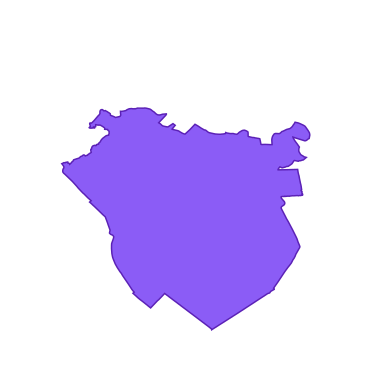 Campia Turzii, Cluj, Romania (orthographic projection), rotated 305°
{"feature_id": "2599482B77881741819367", "entity_name": "Campia Turzii", "entity_type": "district", "adm_level": 2, "iso_a3": "ROU", "parent_name": "Romania", "parent_adm1": "Cluj", "projection": "orthographic", "projection_center": [23.883, 46.542], "detail": "fine", "context": "isolated", "style": "filled", "palette": "violet", "viewbox_px": 384, "rotation_deg": 305, "n_neighbors": 0, "source": "geoboundaries", "source_scale": "gbopen_adm2", "svg_char_len": 5883}
<svg xmlns="http://www.w3.org/2000/svg" viewBox="0 0 384 384"><g transform="rotate(305 192 192)"><path d="M308.3,236.4L306.5,236.6L305.6,236.5L303.2,236.6L301.6,236.3L300.1,235.8L297.5,233.6L294.0,231.7L293.2,231.0L291.2,230.6L290.1,230.2L289.4,229.3L287.9,226.9L287.2,226.3L286.6,226.0L284.4,226.0L283.0,226.3L281.5,226.9L280.9,227.2L279.9,227.9L276.8,230.4L275.9,229.3L275.0,227.8L272.8,224.4L270.9,221.9L270.6,221.2L271.3,220.4L272.9,218.8L274.5,217.0L274.2,216.1L273.3,214.3L272.9,213.3L272.5,212.7L272.2,211.6L271.3,210.2L269.8,206.4L269.8,206.2L270.0,205.9L272.8,203.9L273.4,203.1L273.2,201.1L272.9,200.0L272.6,199.3L271.7,198.3L270.8,197.7L268.4,196.6L267.5,196.3L267.0,196.3L265.7,195.9L265.0,195.6L264.0,193.6L263.7,192.7L263.5,192.1L262.4,190.7L261.7,189.6L260.3,186.6L260.2,186.4L260.2,185.9L260.1,185.5L259.0,185.8L257.8,184.7L255.4,181.9L254.3,180.2L252.8,177.7L250.8,172.9L250.3,171.5L250.3,170.5L250.5,167.8L250.4,167.4L249.9,166.4L249.8,165.3L249.6,163.0L249.5,159.0L249.2,155.6L241.9,154.5L235.5,153.1L235.3,152.8L234.8,151.2L234.6,150.1L234.5,149.0L234.4,148.1L234.4,146.4L234.2,145.5L234.0,144.9L232.6,141.4L232.1,140.0L232.1,139.6L237.0,140.0L237.1,137.2L231.6,135.0L231.0,134.1L229.7,131.1L229.3,129.7L229.7,127.0L229.6,125.0L239.7,126.5L240.5,126.5L241.1,126.4L241.3,126.2L238.8,123.2L237.1,121.9L236.3,121.0L235.9,120.3L235.6,119.7L235.4,118.8L235.4,117.7L235.8,115.1L235.8,114.5L235.7,113.4L235.9,111.4L235.8,110.0L234.7,107.1L234.2,106.0L233.6,105.0L232.7,104.0L231.9,102.8L229.5,99.3L227.4,97.6L227.2,97.0L226.4,96.1L225.6,94.5L224.4,93.1L223.7,92.5L222.0,91.5L221.0,91.2L220.3,90.7L218.7,89.2L217.5,87.8L217.1,87.1L215.4,88.4L214.2,89.5L212.9,89.7L212.4,89.5L209.1,86.5L209.1,85.6L208.8,84.1L208.6,83.2L208.2,81.9L208.1,81.2L208.9,80.5L209.2,80.2L209.3,79.1L209.2,77.6L209.2,76.3L209.0,75.1L209.0,74.3L208.2,73.6L207.9,73.1L208.1,72.1L208.1,71.4L207.6,70.6L206.9,70.2L206.3,70.1L205.8,70.2L204.8,70.6L203.5,71.6L202.0,71.7L200.5,71.4L194.1,70.8L191.4,70.3L190.8,70.1L190.5,69.8L190.2,69.0L189.8,68.8L189.4,68.9L188.8,69.4L188.4,70.1L187.6,70.8L187.4,71.1L185.8,70.8L185.7,70.9L185.7,71.3L185.8,71.7L186.5,72.8L187.7,74.2L187.9,74.4L188.5,74.0L188.9,74.2L188.8,74.4L188.4,75.2L188.6,75.5L188.8,75.5L189.5,75.0L190.3,75.6L191.9,74.5L192.2,75.0L192.6,76.1L193.0,76.8L193.9,78.1L194.2,78.7L194.4,81.3L194.4,82.3L194.4,83.3L194.2,83.8L193.9,84.2L193.3,84.5L194.8,87.0L194.3,87.8L194.2,89.1L194.1,89.4L193.1,90.0L192.5,90.6L191.4,90.7L190.7,91.1L189.5,89.9L188.6,89.3L184.9,88.1L183.0,87.8L180.1,88.0L178.5,87.6L178.1,87.7L177.7,88.0L177.3,87.8L177.2,87.4L176.8,87.3L176.6,87.0L176.2,86.7L175.9,86.6L175.4,86.9L175.1,86.8L174.7,86.4L174.5,85.6L174.3,85.4L173.2,84.5L172.5,84.3L171.9,84.2L170.6,84.5L169.4,85.1L169.0,84.7L168.6,84.8L167.8,85.4L166.7,86.7L165.8,86.5L164.6,85.8L163.7,85.7L163.0,85.3L162.1,85.3L161.4,84.6L160.3,83.9L160.3,83.7L160.5,83.0L160.5,82.6L160.4,82.2L160.1,81.9L159.6,81.6L158.2,81.2L157.1,80.4L155.8,80.2L155.0,80.0L152.8,78.3L150.5,76.6L150.1,76.6L149.0,76.8L147.9,76.4L146.8,76.4L144.5,75.9L144.9,75.3L145.0,74.9L144.9,74.6L144.5,73.9L145.2,73.3L145.3,73.2L145.1,72.7L144.4,72.2L144.1,71.7L143.7,71.6L143.4,71.5L142.4,70.1L141.5,69.7L140.5,69.1L139.7,71.6L139.5,72.0L139.0,72.7L138.2,73.2L137.1,73.2L135.8,73.6L134.5,74.5L134.2,74.9L133.8,76.1L133.6,78.0L132.0,88.1L130.6,94.3L129.9,96.7L128.6,103.1L128.5,104.3L128.5,104.5L127.5,110.0L127.0,114.4L125.0,113.9L124.7,116.7L124.5,117.7L124.1,120.8L122.3,131.9L122.0,134.5L121.9,135.2L118.4,140.3L117.2,141.9L113.8,146.7L111.1,147.9L110.9,148.2L110.7,149.5L110.8,150.4L111.0,151.1L111.1,151.7L111.0,152.3L110.7,153.1L110.5,153.5L109.6,154.0L108.5,154.4L103.8,155.7L102.3,156.6L99.4,158.6L95.5,161.8L93.1,164.3L92.0,165.8L89.1,170.3L87.3,174.0L85.4,178.7L84.7,181.1L84.3,181.8L83.4,183.9L80.1,192.7L77.8,198.4L77.2,200.3L76.8,202.1L75.2,201.7L74.3,208.6L74.1,211.2L74.0,213.9L73.3,224.6L83.3,226.1L84.6,226.5L93.2,227.8L91.3,280.8L91.0,286.5L90.4,287.1L120.6,299.6L152.3,312.3L153.8,313.5L155.8,313.5L159.4,315.2L159.8,314.9L159.6,314.4L160.0,314.0L167.3,314.0L180.1,313.7L185.2,313.8L187.9,314.0L190.9,314.1L194.2,313.6L196.3,313.6L198.6,313.3L200.4,312.8L206.7,312.2L208.1,312.1L209.0,311.8L209.7,311.0L211.9,307.5L213.9,304.8L215.0,302.9L218.7,296.1L223.0,287.7L224.3,284.8L225.3,283.0L229.5,275.0L230.1,274.1L230.7,273.9L231.2,273.8L232.1,274.0L233.6,274.6L234.7,274.9L236.0,274.5L236.8,273.7L237.2,272.7L238.2,268.7L238.6,268.2L239.4,267.8L240.6,269.1L241.1,270.0L241.4,270.3L241.9,270.5L242.0,271.1L243.7,273.0L244.2,273.9L244.3,274.1L244.5,274.2L246.5,276.4L247.3,277.6L249.5,280.3L250.0,281.4L250.8,282.1L251.2,282.8L252.2,283.8L252.5,283.7L253.0,284.3L252.9,284.6L253.0,284.9L253.1,284.2L253.4,284.0L253.4,283.9L253.2,283.5L253.3,283.4L253.6,283.7L253.8,283.6L254.0,283.4L254.1,282.9L254.5,282.6L254.8,282.1L255.3,282.0L255.3,281.8L255.2,281.6L255.5,281.0L256.3,280.7L256.1,280.4L257.1,280.1L257.4,279.7L257.8,279.6L258.2,279.1L258.7,278.7L259.0,278.4L260.1,277.3L261.4,275.8L264.5,272.5L266.7,270.3L267.1,269.7L269.0,267.6L271.1,265.6L262.8,254.4L259.8,250.2L259.6,249.7L260.9,249.4L263.0,249.6L263.2,250.2L263.3,251.4L263.5,251.6L263.6,252.0L263.8,252.3L266.3,254.4L267.0,254.7L267.5,255.1L267.7,255.6L268.0,255.9L268.4,256.2L270.1,256.8L270.7,257.1L272.6,257.7L275.8,257.6L276.4,257.7L276.6,257.9L278.2,261.5L279.2,262.0L279.9,263.0L281.9,264.5L282.1,264.8L285.0,265.6L285.9,265.8L285.0,263.3L285.2,262.9L285.0,260.7L285.0,259.6L285.4,258.6L286.5,256.3L287.6,255.4L289.0,254.6L290.4,254.2L291.7,250.7L292.2,249.1L293.1,246.5L294.2,244.1L294.6,243.5L294.9,243.2L295.3,244.5L295.6,245.6L296.0,246.9L298.6,255.0L299.0,255.5L300.0,256.2L302.2,256.8L303.0,257.3L305.9,256.0L306.5,255.6L307.6,254.5L308.0,253.9L309.0,251.7L310.5,247.5L310.7,246.6L310.6,244.9L310.0,241.5L309.6,239.7L309.0,238.1L308.6,237.3L308.3,236.4Z" fill="#8b5cf6" stroke="#5b21b6" stroke-width="1.5"/></g></svg>